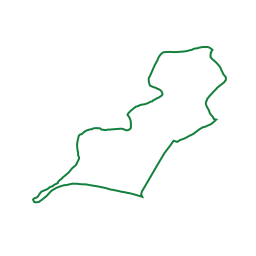 Rashid, Al Buhayrah, Egypt, rotated 262°
{"feature_id": "37247803B15072818430421", "entity_name": "Rashid", "entity_type": "district", "adm_level": 2, "iso_a3": "EGY", "parent_name": "Egypt", "parent_adm1": "Al Buhayrah", "projection": "robinson", "projection_center": [30.428, 31.379], "detail": "fine", "context": "isolated", "style": "outline", "palette": "green", "viewbox_px": 256, "rotation_deg": 262, "n_neighbors": 0, "source": "geoboundaries", "source_scale": "gbopen_adm2", "svg_char_len": 4561}
<svg xmlns="http://www.w3.org/2000/svg" viewBox="0 0 256 256"><g transform="rotate(262 128 128)"><path d="M193.7,222.5L194.2,222.0L196.2,220.0L197.1,218.2L197.4,216.5L197.4,215.3L197.6,214.9L197.8,212.6L197.7,210.7L197.6,209.4L197.3,207.5L197.3,205.9L197.4,204.7L197.1,203.7L196.7,202.7L196.5,201.6L196.4,199.6L196.2,198.5L196.0,197.6L196.0,193.7L196.2,190.8L196.3,189.1L196.4,187.0L196.8,183.7L197.3,181.7L197.6,179.4L197.8,178.1L197.9,176.9L198.1,174.6L198.0,173.5L197.4,172.2L196.6,170.9L194.9,169.2L193.8,168.2L192.7,167.5L192.5,167.4L190.9,166.6L189.9,165.7L186.0,162.9L185.0,162.3L184.6,162.0L181.8,160.3L179.2,158.7L176.8,157.2L175.0,155.9L174.0,155.4L172.8,155.2L170.7,155.1L168.0,155.4L166.9,155.7L166.4,156.5L165.3,158.3L164.4,160.1L163.7,161.5L163.0,162.2L162.0,164.1L160.8,165.4L159.5,166.3L158.3,166.8L157.5,166.8L156.4,166.8L155.8,166.3L155.1,165.3L154.8,164.6L153.9,162.9L153.8,162.1L153.1,160.1L152.7,159.2L151.9,156.9L151.6,156.4L151.1,155.9L151.0,155.6L151.0,155.2L150.9,154.4L150.8,153.4L150.2,152.2L149.8,151.0L149.2,147.8L149.2,144.5L149.0,142.8L148.4,141.6L148.2,140.0L147.9,138.5L147.2,137.2L146.2,135.6L144.4,132.7L142.6,130.5L141.4,129.4L141.1,129.4L140.2,129.8L139.4,130.3L138.0,130.9L135.5,131.5L133.4,131.6L131.1,131.4L129.1,131.1L127.6,130.8L127.2,130.4L126.7,129.8L126.3,129.1L126.3,128.9L126.0,128.3L125.9,127.5L125.8,126.5L126.1,125.8L127.0,124.2L127.9,122.4L128.3,121.1L128.4,119.3L128.6,116.3L128.8,112.8L128.9,110.5L129.2,107.6L129.1,105.4L129.6,103.6L129.9,102.2L130.2,101.4L131.6,100.2L131.9,98.6L132.4,95.9L132.4,93.4L132.0,92.5L131.7,91.3L131.9,90.7L131.9,89.8L131.6,88.6L131.5,87.7L131.4,86.9L130.3,84.2L129.0,82.2L128.3,81.1L128.3,80.2L128.2,79.5L127.4,78.4L125.8,77.6L125.4,77.5L121.4,76.0L118.5,75.2L115.4,75.0L114.0,75.0L112.4,74.9L111.3,75.2L108.1,74.8L105.8,75.4L104.9,75.4L104.0,75.0L101.6,73.3L99.6,72.0L98.9,71.6L98.4,70.9L97.8,70.2L97.5,69.7L97.0,68.8L96.2,67.5L94.2,65.2L92.1,63.0L88.3,56.8L86.5,54.6L86.5,54.3L85.7,52.8L84.1,51.0L83.3,50.9L82.5,48.6L81.8,46.5L80.8,45.3L80.8,44.3L80.7,43.9L79.9,41.5L78.7,39.8L78.5,38.9L77.7,35.9L77.1,33.5L75.3,31.5L73.8,30.2L72.7,29.2L72.4,28.9L72.2,28.4L71.8,27.6L71.6,26.4L71.3,25.1L70.8,24.5L70.5,24.1L69.6,24.2L67.8,24.8L67.3,26.2L67.2,26.9L67.1,27.6L67.2,29.4L68.5,31.9L68.9,32.8L70.7,35.7L71.0,36.3L72.0,38.0L73.7,40.0L75.4,42.0L76.6,43.8L76.9,44.3L78.4,48.0L78.6,48.5L79.1,50.5L79.5,52.2L79.7,53.1L80.2,56.6L80.1,59.6L80.6,65.1L80.2,67.5L79.9,69.7L78.7,74.3L78.4,76.3L78.0,78.6L76.7,82.4L75.9,85.0L75.3,86.9L74.5,89.6L73.5,92.3L73.1,93.4L72.9,94.0L71.7,97.4L70.4,100.3L69.5,102.2L68.8,104.5L68.0,106.8L67.4,108.4L66.8,110.1L66.2,111.7L65.4,113.7L65.2,114.8L64.6,116.5L64.0,118.0L63.4,119.9L62.6,122.0L61.1,125.5L60.4,127.0L59.5,129.1L57.9,132.5L59.1,132.1L60.2,131.8L61.6,132.3L62.7,132.7L63.1,132.9L63.4,133.1L64.0,133.6L71.6,139.6L93.5,156.9L95.4,158.5L96.7,159.5L98.3,160.8L98.5,161.0L101.7,164.3L102.8,165.4L104.3,166.9L105.9,168.5L106.9,169.4L108.1,170.5L109.0,171.4L107.8,174.0L107.4,174.9L108.7,177.6L108.9,178.1L109.0,178.4L109.2,179.9L109.5,181.1L109.6,182.1L109.7,182.4L109.9,182.9L110.6,184.9L111.2,186.4L111.9,188.2L112.0,188.7L112.5,190.3L113.0,191.6L113.2,192.2L114.0,193.4L114.1,193.7L114.9,195.3L115.2,195.7L116.0,197.1L116.2,197.5L117.0,199.0L117.2,199.6L118.3,202.1L118.4,203.8L118.4,204.1L118.9,205.9L119.7,208.6L120.1,210.3L120.5,211.2L120.7,211.5L121.5,212.7L121.7,213.1L122.3,214.0L122.6,214.5L123.0,215.0L123.4,215.5L123.6,215.8L124.0,216.4L124.2,215.8L124.7,215.0L125.1,214.2L126.9,213.7L128.7,212.6L129.5,212.0L131.5,211.0L131.8,211.0L132.8,210.8L133.7,210.8L135.7,210.0L137.9,209.1L139.5,208.7L140.7,208.5L141.0,208.5L142.5,208.7L143.7,209.3L143.9,209.6L144.2,209.7L144.8,210.1L145.2,210.2L145.4,210.3L145.8,210.6L146.6,211.3L146.8,211.7L147.4,212.3L148.4,213.2L148.6,213.5L150.0,215.3L151.4,217.0L152.4,218.3L153.5,219.6L154.3,220.7L154.4,220.9L154.9,221.4L155.7,222.3L156.2,223.3L156.4,223.6L156.7,224.0L157.2,224.9L157.8,225.9L158.2,226.6L158.6,227.4L159.1,228.2L159.7,229.1L160.1,229.9L161.1,230.6L162.0,231.6L164.5,231.9L165.4,231.5L166.1,231.1L166.4,230.9L166.7,230.7L167.1,230.4L167.8,230.0L168.4,229.8L168.7,229.7L170.4,229.2L171.2,228.9L172.0,228.7L172.9,228.4L173.3,228.3L174.4,228.0L175.2,227.8L175.5,227.7L176.3,227.2L177.2,226.7L177.6,226.5L179.0,225.5L180.5,224.5L181.2,223.9L181.8,223.4L182.8,222.6L183.9,221.5L185.0,220.7L186.1,219.9L186.5,219.8L186.9,219.6L187.7,219.9L188.3,219.9L188.8,219.9L189.1,219.9L189.6,220.1L189.9,220.2L191.1,220.8L191.3,220.6L193.7,222.5Z" fill="none" stroke="#15803d" stroke-width="2"/></g></svg>